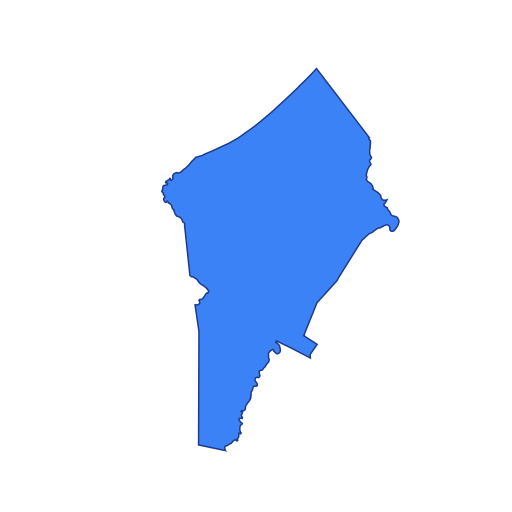 outline of San Pedro Mixtepec -Dto. 22 -, Oaxaca, Mexico, rotated 116°
{"feature_id": "50627088B24493610345769", "entity_name": "San Pedro Mixtepec -Dto. 22 -", "entity_type": "district", "adm_level": 2, "iso_a3": "MEX", "parent_name": "Mexico", "parent_adm1": "Oaxaca", "projection": "albers", "projection_center": [-97.055, 15.945], "detail": "fine", "context": "isolated", "style": "filled", "palette": "blue", "viewbox_px": 512, "rotation_deg": 116, "n_neighbors": 0, "source": "geoboundaries", "source_scale": "gbopen_adm2", "svg_char_len": 6154}
<svg xmlns="http://www.w3.org/2000/svg" viewBox="0 0 512 512"><g transform="rotate(116 256 256)"><path d="M148.1,162.9L148.5,163.3L149.5,165.0L149.9,165.7L150.0,166.4L149.8,167.1L149.7,167.8L148.4,169.6L147.3,170.1L146.8,170.7L146.5,171.6L146.1,172.4L145.5,174.3L145.4,174.8L145.4,176.2L145.2,176.8L145.2,177.5L144.9,179.4L144.6,180.5L144.0,180.3L143.0,181.0L141.7,182.3L141.1,183.5L140.6,184.5L140.4,185.3L140.3,187.0L139.9,188.6L139.7,189.2L139.0,190.1L137.8,190.7L137.0,190.7L136.5,190.9L135.8,191.4L135.8,191.7L135.5,192.0L134.0,192.8L132.9,192.8L131.5,193.2L129.3,193.6L125.3,193.4L124.3,192.9L123.4,192.8L122.6,193.4L121.9,194.7L120.7,195.7L120.0,195.9L119.6,195.7L119.2,195.7L118.8,195.4L118.3,195.3L117.6,195.2L116.9,195.3L116.4,195.9L115.4,197.7L114.5,198.4L112.5,199.4L111.9,199.9L111.2,200.2L110.5,200.4L108.5,200.9L106.0,202.1L105.0,202.2L103.8,203.0L102.5,203.4L101.9,204.2L101.8,205.0L101.2,206.0L100.9,206.3L100.5,206.3L100.0,206.0L61.0,283.8L64.3,284.7L76.3,288.7L83.2,291.2L87.3,292.5L104.8,299.1L115.1,303.2L116.6,303.7L120.2,305.2L122.3,306.1L124.0,306.9L132.6,310.7L140.5,314.4L143.1,315.8L145.5,317.0L147.3,318.1L156.6,323.1L159.4,324.8L166.5,329.8L181.8,342.2L183.2,343.5L184.6,344.7L185.7,345.7L187.0,346.8L188.5,347.8L190.5,349.7L191.1,350.6L192.5,351.9L193.1,352.7L193.7,353.4L195.5,353.9L195.9,353.9L196.3,354.2L196.6,354.2L197.1,354.5L199.1,355.2L201.2,355.7L202.4,356.0L202.9,356.0L206.6,357.4L207.0,357.5L208.5,358.0L209.4,358.7L210.8,359.4L213.2,360.1L213.7,360.7L215.5,361.8L215.7,363.7L216.2,364.4L217.7,365.6L218.6,366.0L219.6,366.1L220.8,366.0L221.1,365.6L221.7,365.2L223.3,364.7L223.8,364.7L225.1,365.2L225.2,365.4L225.2,366.0L224.4,366.7L224.0,366.9L223.9,367.4L224.6,367.4L226.1,367.9L226.4,368.4L227.2,368.8L227.8,369.2L228.1,369.5L228.8,369.6L229.4,369.6L229.8,369.4L229.7,368.7L229.3,367.9L229.4,367.5L229.9,367.0L230.5,367.0L231.0,367.0L231.3,367.2L231.3,367.5L231.9,368.4L232.6,369.1L232.9,369.7L233.6,370.0L234.2,370.1L234.8,369.9L235.4,369.6L236.6,369.4L237.0,369.1L239.1,369.1L239.4,368.8L239.7,368.1L239.8,367.2L240.0,366.7L240.8,366.6L241.1,366.5L241.4,366.2L241.6,365.9L241.6,365.6L241.9,364.8L242.3,364.1L243.1,363.8L243.9,363.9L244.6,364.2L245.7,363.8L247.1,362.0L247.2,361.7L247.4,361.2L247.4,360.8L247.1,360.4L247.0,360.2L245.9,360.0L245.6,359.8L245.6,359.6L245.7,359.3L246.1,358.6L246.7,357.9L246.7,357.7L246.6,356.9L246.8,356.5L246.9,355.4L247.0,355.0L247.3,354.5L247.9,353.7L248.6,353.3L249.9,352.0L250.3,351.1L250.2,350.4L250.9,350.0L251.8,349.0L253.9,346.9L254.6,345.2L254.9,344.9L254.5,342.4L255.0,339.6L257.6,336.4L257.7,334.8L258.1,334.3L259.5,333.8L302.4,306.9L302.9,304.9L302.4,303.4L302.9,299.0L303.3,298.0L304.7,295.8L305.2,294.3L305.5,293.2L305.6,290.1L305.9,289.7L305.9,289.1L306.1,288.6L306.4,287.2L306.6,286.5L306.6,285.5L307.3,285.2L307.7,284.2L307.8,283.8L308.1,283.2L309.3,282.9L309.8,282.9L310.5,283.0L310.4,283.8L311.9,284.4L313.5,284.6L314.3,284.6L315.7,284.9L316.3,285.1L317.3,285.0L318.2,285.5L319.1,286.4L319.5,287.2L320.6,287.9L320.9,287.8L321.4,287.1L321.9,286.6L322.5,286.2L323.1,285.9L323.7,286.0L324.3,286.2L324.7,286.5L325.2,286.8L325.8,287.5L326.1,287.9L326.1,288.4L326.6,289.4L348.8,274.2L451.0,224.8L444.3,198.2L444.0,198.8L443.4,199.0L442.3,200.1L441.6,200.1L441.1,200.4L440.6,200.5L440.1,200.2L439.6,199.2L438.5,198.4L437.6,198.2L437.2,197.7L436.5,197.3L435.4,196.2L434.6,195.9L432.9,195.7L432.3,195.4L431.9,195.2L431.3,194.8L430.8,194.7L430.4,194.4L430.3,193.6L430.6,192.2L430.2,191.7L429.5,191.6L429.1,192.1L428.9,192.6L428.5,192.7L428.2,192.4L425.9,192.3L422.9,193.8L422.6,193.4L422.7,192.8L422.6,191.9L422.0,191.8L421.5,191.8L421.4,192.5L420.4,193.3L420.0,193.9L419.2,194.4L416.8,195.5L415.9,195.6L414.5,195.6L413.0,194.7L412.5,194.9L412.3,195.5L412.3,196.1L412.0,196.7L412.0,197.2L411.5,198.0L411.3,198.6L410.9,199.2L410.1,199.8L409.7,199.8L409.2,199.7L408.7,198.6L408.3,198.2L408.0,197.2L407.2,197.3L406.9,197.7L406.5,198.6L406.2,198.9L405.5,199.4L404.9,199.5L404.0,199.4L402.7,199.5L402.1,199.8L402.5,200.3L402.4,201.1L401.6,201.2L401.0,200.7L401.0,200.0L400.4,199.2L399.8,198.9L398.9,198.4L398.3,198.4L397.5,198.8L395.8,199.5L394.9,199.5L391.1,199.0L388.8,198.4L388.3,198.7L387.8,198.4L387.4,198.4L387.0,198.6L385.9,198.4L385.4,198.6L384.9,199.1L383.9,199.2L382.3,199.8L381.6,200.3L380.8,200.6L379.9,200.6L378.1,200.5L377.5,200.6L376.8,200.7L376.4,200.9L374.7,201.1L373.9,200.7L372.8,198.5L372.2,198.2L371.7,198.1L371.3,198.5L370.6,198.6L370.3,198.9L369.2,200.6L369.0,201.2L368.6,202.0L367.1,202.9L366.1,203.0L365.7,202.9L364.8,202.3L364.6,201.4L364.2,200.5L363.4,200.0L362.5,199.9L361.8,200.0L361.2,200.7L360.3,201.2L360.1,201.5L359.2,202.1L358.6,202.5L357.6,202.7L357.1,201.9L356.8,201.5L356.2,201.1L356.0,200.7L355.7,200.3L355.1,200.1L354.4,200.2L353.8,200.1L351.0,199.1L350.4,199.2L349.0,199.1L346.4,198.4L345.4,198.3L344.3,198.4L343.4,198.7L342.6,199.3L341.9,200.0L341.0,200.7L340.6,200.9L339.7,201.2L339.2,201.7L338.2,202.0L337.8,202.2L335.4,201.7L334.9,201.3L334.5,201.3L334.0,200.9L332.7,200.3L332.5,199.7L332.7,199.1L333.4,198.7L333.7,198.2L333.8,197.6L334.2,196.9L334.6,195.4L334.7,194.1L333.9,193.2L332.5,192.5L331.8,192.4L331.1,192.5L330.0,192.8L328.8,193.5L327.9,194.4L326.6,195.3L326.2,195.9L326.1,196.4L325.6,196.8L325.3,198.2L324.9,198.8L325.1,199.5L325.1,200.2L324.5,200.6L323.8,200.6L323.3,200.2L323.3,184.7L323.8,162.4L320.9,164.2L308.6,162.3L306.7,178.2L306.2,178.1L305.7,177.9L305.1,178.3L271.3,180.7L242.7,172.4L239.4,172.3L195.3,167.7L194.8,167.3L190.4,165.8L187.8,164.6L187.0,164.4L185.8,163.7L184.6,162.5L183.8,161.9L178.7,159.4L177.4,158.4L176.0,156.5L174.0,155.2L173.3,154.5L172.6,154.2L170.8,152.5L170.5,151.9L170.4,151.2L170.3,150.5L170.9,149.2L171.9,148.1L172.9,147.7L174.4,146.4L174.4,145.9L174.3,144.8L174.1,144.4L173.0,143.1L172.3,142.8L171.1,142.7L170.1,142.3L169.2,142.3L168.1,142.1L166.4,141.9L163.9,142.2L162.4,142.6L161.1,143.5L159.7,145.4L159.4,146.4L159.3,147.5L159.6,149.4L159.9,149.9L160.0,150.7L160.0,152.1L158.4,154.4L157.9,154.8L156.8,157.0L156.8,157.4L156.2,158.2L155.1,159.1L155.1,160.6L154.8,162.7L153.8,163.5L153.1,163.8L152.6,163.3L148.1,162.9Z" fill="#3b82f6" stroke="#1e3a8a" stroke-width="1.5"/></g></svg>